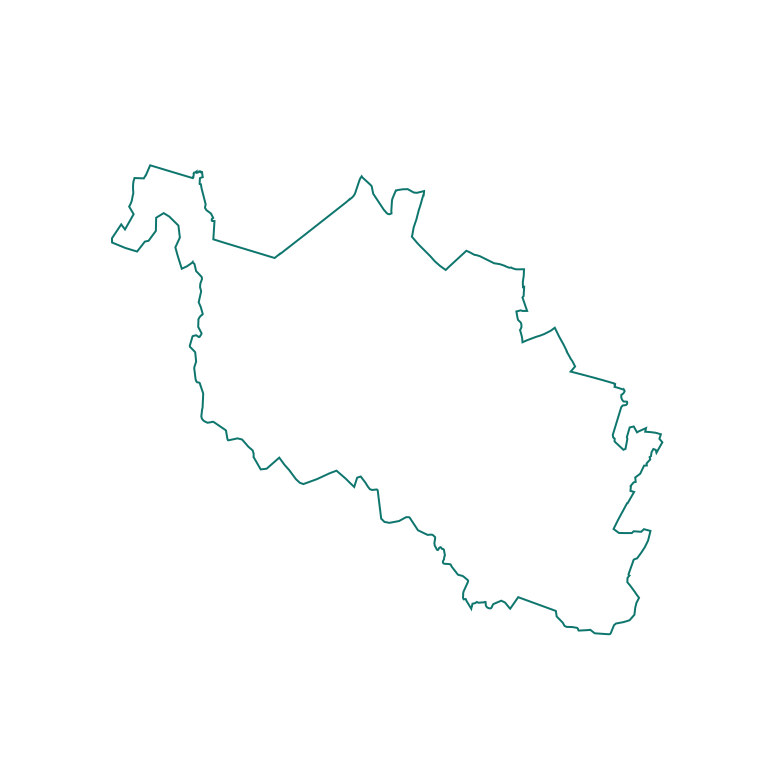 outline of Vecumu pag., Vilakas, Latvia, rotated 104°
{"feature_id": "27541924B24216055125897", "entity_name": "Vecumu pag.", "entity_type": "district", "adm_level": 2, "iso_a3": "LVA", "parent_name": "Latvia", "parent_adm1": "Vilakas", "projection": "natural_earth1", "projection_center": [27.805, 57.201], "detail": "fine", "context": "isolated", "style": "outline", "palette": "teal", "viewbox_px": 768, "rotation_deg": 104, "n_neighbors": 0, "source": "geoboundaries", "source_scale": "gbopen_adm2", "svg_char_len": 6129}
<svg xmlns="http://www.w3.org/2000/svg" viewBox="0 0 768 768"><g transform="rotate(104 384 384)"><path d="M228.4,663.8L239.3,665.6L239.4,665.8L242.6,666.8L244.5,675.9L248.2,676.1L251.7,675.6L255.8,674.6L258.0,673.8L260.2,673.3L261.3,673.4L266.6,673.1L268.6,673.2L270.7,673.5L273.5,674.2L279.8,668.0L296.7,672.7L292.7,677.6L308.4,683.2L312.5,682.1L314.6,667.8L315.2,655.6L303.7,650.5L302.0,647.1L290.6,642.4L277.8,645.3L271.5,639.1L273.5,632.8L280.0,621.8L291.3,617.5L301.9,619.5L309.5,615.2L321.1,608.1L317.4,603.6L313.0,599.7L311.8,599.1L312.3,598.8L313.4,597.0L313.9,596.7L319.9,593.6L324.1,587.0L324.6,586.6L326.2,586.0L331.2,586.5L334.6,585.9L338.1,583.9L339.0,583.8L349.5,583.6L353.5,580.5L359.6,577.0L360.2,576.8L360.9,577.2L361.2,577.6L361.6,577.9L363.5,579.0L366.1,579.7L373.5,578.1L378.8,573.4L379.4,573.3L380.0,573.3L382.6,574.2L383.0,574.4L383.2,574.8L383.2,575.1L382.2,577.9L382.2,578.2L383.7,581.0L384.1,581.3L393.9,581.7L394.8,581.3L398.6,575.2L399.1,574.8L407.7,571.7L413.4,572.1L414.8,571.9L425.1,567.9L426.5,567.0L427.5,565.9L427.4,563.8L427.6,563.1L437.0,557.1L450.9,554.3L452.9,554.3L459.7,553.4L461.7,552.3L462.9,550.7L463.5,549.6L464.3,545.9L462.9,542.6L462.3,541.6L462.0,540.3L467.0,526.7L467.5,526.0L474.2,523.1L475.9,522.2L476.2,521.9L476.3,521.6L476.2,521.1L472.2,513.0L472.2,508.3L472.3,508.1L477.7,500.4L480.2,495.4L483.2,493.6L486.7,492.8L486.8,492.5L496.7,483.0L494.6,477.4L480.8,467.8L486.5,461.0L490.2,455.5L497.6,446.5L500.2,441.8L500.6,438.0L492.5,426.0L483.8,415.2L479.6,409.1L485.3,397.9L488.2,393.1L491.1,388.0L481.4,387.4L479.4,384.2L484.1,378.3L487.5,374.8L489.5,372.2L489.7,369.9L488.1,365.6L488.3,364.9L488.7,364.4L515.2,354.2L515.5,354.0L515.5,353.8L517.7,350.2L517.4,345.1L513.3,336.2L508.0,330.5L507.4,328.6L507.2,327.4L507.3,327.0L507.7,326.5L517.3,316.1L517.7,315.6L519.6,306.6L519.8,305.1L519.7,304.5L519.0,302.9L518.6,300.8L518.9,299.7L520.2,297.4L520.9,297.1L526.3,296.6L528.4,295.7L529.0,295.3L530.0,294.2L531.8,292.8L532.1,292.2L532.1,291.6L531.3,291.2L529.7,290.8L528.7,289.8L528.8,289.1L529.9,288.0L529.9,286.3L530.1,286.1L530.5,285.7L534.7,283.8L535.8,283.4L536.8,283.7L539.7,283.4L541.6,283.9L542.5,283.8L543.1,283.5L543.6,283.0L543.8,282.5L543.8,281.8L543.2,278.7L542.9,276.0L543.5,275.2L544.8,274.2L551.0,266.3L551.2,265.7L551.2,262.0L551.4,260.7L553.8,255.7L554.4,254.9L554.8,254.7L555.9,254.7L565.6,256.5L566.9,256.6L568.0,256.5L572.3,255.6L573.5,254.8L573.7,254.5L572.9,252.9L572.9,252.6L574.4,251.6L580.9,245.0L579.8,245.1L578.8,244.9L575.8,245.0L574.5,242.4L573.0,241.2L573.4,239.4L572.4,236.6L571.8,234.4L571.0,233.3L570.9,232.8L572.4,232.2L574.3,231.6L575.0,230.9L575.6,230.2L576.0,229.2L576.2,228.3L576.1,227.1L575.8,226.1L575.3,225.7L573.9,225.3L572.8,225.2L571.1,224.7L565.9,217.8L566.7,213.8L571.3,207.6L571.5,207.2L558.4,202.2L562.6,162.4L567.8,160.2L572.3,152.9L575.1,150.2L575.5,147.9L574.3,142.8L573.9,137.7L574.2,137.0L576.1,135.6L576.1,135.2L573.2,125.8L572.6,124.4L574.9,119.2L572.5,105.6L572.1,104.4L571.4,103.9L570.9,103.7L562.5,102.5L560.3,101.0L557.1,94.0L554.1,89.0L553.7,88.5L552.9,88.1L547.3,85.2L540.3,86.1L537.2,86.1L535.2,86.1L529.8,84.8L526.0,89.4L525.7,89.5L519.8,96.7L517.5,99.9L513.4,100.8L511.6,100.1L510.5,99.5L510.3,100.2L509.9,100.6L509.4,100.7L496.2,99.4L494.7,99.4L493.6,98.8L491.9,96.2L485.7,93.7L479.4,91.5L472.1,89.9L462.1,89.9L462.0,96.7L465.2,98.7L466.5,106.1L468.7,107.5L470.6,115.2L471.7,120.1L469.1,126.2L458.8,123.9L440.9,119.3L440.8,118.8L428.2,115.2L428.1,119.0L423.3,119.7L423.2,120.0L419.1,118.0L418.1,116.1L413.9,117.6L409.1,113.7L400.3,111.9L399.5,109.3L397.5,110.0L394.5,108.4L392.9,107.4L390.7,108.6L389.5,107.5L385.5,107.9L381.9,106.9L382.2,104.4L384.8,103.0L373.2,99.8L370.6,103.5L365.8,103.2L365.6,108.7L366.2,113.7L367.1,119.0L363.4,119.1L368.2,125.2L369.7,126.8L364.8,131.4L366.7,135.1L376.9,135.5L378.3,134.6L388.5,134.0L389.9,135.8L384.5,145.5L383.9,146.4L381.2,147.0L380.4,148.7L378.0,149.7L349.1,148.2L347.1,147.2L346.1,144.6L345.6,143.9L345.0,143.5L343.6,143.4L342.5,143.8L342.4,144.0L342.6,145.5L343.0,146.8L342.9,147.6L341.6,149.2L340.1,150.3L338.4,150.9L337.6,150.9L337.2,151.1L335.5,149.7L334.8,149.3L332.8,148.8L332.4,148.9L331.2,150.1L331.5,150.2L331.1,155.7L331.0,159.6L329.6,159.5L328.4,159.7L328.7,160.2L327.8,160.6L327.3,173.3L326.9,194.8L326.8,205.9L320.8,202.8L316.1,206.9L314.1,209.3L313.8,209.4L308.3,214.6L308.0,214.5L302.1,219.5L295.8,225.4L288.1,231.9L292.0,235.1L296.9,240.8L299.4,244.4L301.5,247.9L307.1,256.0L310.0,259.7L306.5,260.9L304.3,261.9L299.1,264.8L298.8,265.1L297.7,264.7L295.6,264.4L293.3,265.0L292.4,265.4L291.2,266.3L289.5,269.3L288.1,270.2L281.6,273.1L279.5,269.2L279.6,267.4L278.5,262.8L266.5,270.6L264.9,269.8L255.8,271.5L256.4,272.6L251.3,274.0L245.2,274.6L238.8,275.9L240.8,283.6L240.6,287.7L240.2,288.7L240.9,290.5L240.6,293.0L240.0,296.6L239.7,300.6L240.2,306.7L239.9,307.7L236.8,321.9L236.7,323.0L236.6,326.0L236.8,327.5L235.4,332.9L234.8,336.3L254.4,349.2L258.4,351.7L255.9,358.1L252.7,364.3L248.8,370.0L241.1,382.8L239.3,385.6L234.3,392.6L232.2,392.6L224.9,393.1L216.7,392.4L206.7,392.3L203.1,392.0L191.4,391.6L191.4,391.2L189.5,391.4L187.1,391.8L190.5,398.2L191.0,401.4L189.2,408.1L190.5,412.8L192.6,417.9L193.3,418.6L193.3,419.3L201.6,420.6L203.7,420.7L214.2,418.8L215.3,418.4L216.7,418.0L217.9,419.7L218.1,420.9L217.7,422.4L216.9,423.6L215.7,425.2L215.2,426.1L202.0,440.5L195.3,443.7L194.8,444.1L193.7,445.9L188.7,455.1L187.9,455.9L190.0,456.7L192.2,457.1L206.2,458.2L208.6,458.9L210.8,460.1L213.1,461.8L212.9,462.0L216.3,464.3L256.5,495.5L281.4,515.0L283.3,516.6L283.1,516.7L288.2,520.6L285.6,572.7L284.9,584.6L266.9,587.9L267.4,590.2L267.2,590.6L265.6,591.0L264.2,589.9L260.4,593.2L258.3,598.3L256.5,600.2L255.9,600.4L252.8,600.5L238.4,608.3L234.5,610.0L234.6,611.2L234.5,611.3L228.9,612.4L228.6,612.3L227.1,609.9L225.6,610.6L222.3,611.9L222.3,612.3L222.8,612.5L223.0,612.7L222.8,613.5L222.1,613.9L222.1,614.1L222.8,614.7L222.7,615.0L223.9,615.8L223.7,616.5L224.4,617.1L224.1,617.5L223.3,617.5L224.8,618.9L224.9,619.4L225.7,619.7L226.8,619.3L228.3,619.1L229.2,619.4L229.7,619.0L230.5,619.3L228.4,663.8Z" fill="none" stroke="#0f766e" stroke-width="2"/></g></svg>